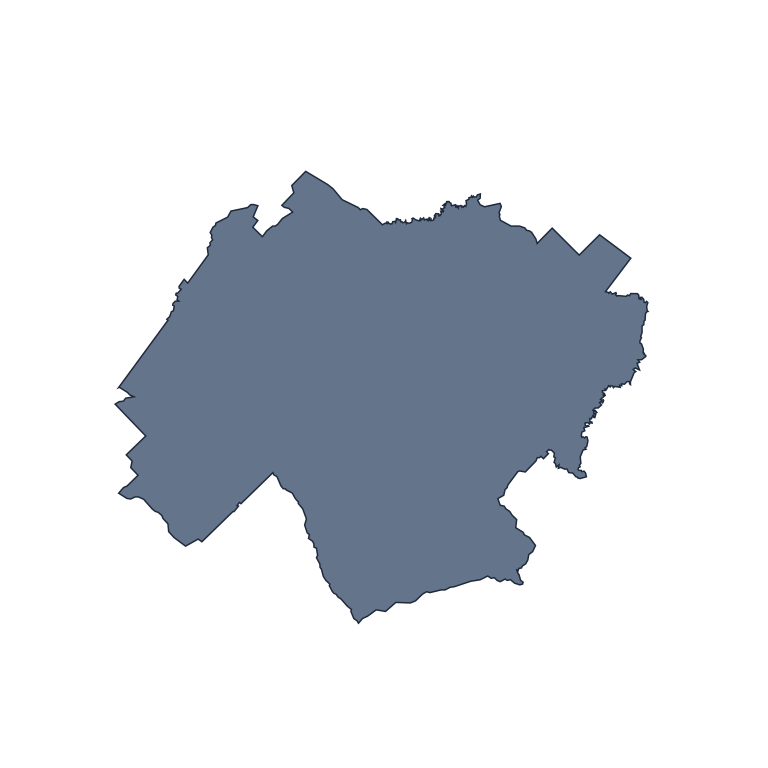 the district of Southern Grampians, Victoria, Australia, rotated 127°
{"feature_id": "25037944B54836880156068", "entity_name": "Southern Grampians", "entity_type": "district", "adm_level": 2, "iso_a3": "AUS", "parent_name": "Australia", "parent_adm1": "Victoria", "projection": "natural_earth1", "projection_center": [141.808, -37.53], "detail": "fine", "context": "isolated", "style": "filled", "palette": "slate", "viewbox_px": 768, "rotation_deg": 127, "n_neighbors": 0, "source": "geoboundaries", "source_scale": "gbopen_adm2", "svg_char_len": 6159}
<svg xmlns="http://www.w3.org/2000/svg" viewBox="0 0 768 768"><g transform="rotate(127 384 384)"><path d="M590.4,260.4L584.1,260.0L579.4,257.4L569.1,254.3L564.7,245.9L551.3,243.1L543.0,231.2L538.2,228.3L528.6,226.8L524.3,225.0L523.0,221.8L514.1,214.5L511.7,211.3L506.6,208.9L503.6,205.9L489.3,196.0L482.5,189.4L474.9,185.6L474.7,181.5L472.3,179.4L472.8,175.3L471.9,172.2L466.9,169.9L466.7,167.4L464.2,165.3L464.5,159.9L462.7,154.7L460.4,152.9L458.6,153.6L458.5,156.9L455.0,161.4L454.3,163.8L452.6,164.5L453.3,165.3L452.5,166.2L451.6,164.8L450.1,165.3L448.2,163.5L446.1,164.0L442.4,162.6L438.1,163.2L433.1,165.7L428.4,164.4L421.8,165.8L419.0,175.4L420.0,181.0L418.7,183.6L419.5,192.3L412.4,196.5L411.7,202.6L410.1,207.0L410.4,211.4L409.2,214.5L410.9,218.3L407.0,224.1L400.8,221.4L395.6,223.7L392.6,223.3L390.2,224.3L373.6,224.4L371.9,223.5L369.2,218.2L354.1,216.3L350.6,217.3L349.3,215.5L347.3,215.2L347.7,211.7L340.7,210.8L340.3,213.4L337.1,212.9L337.3,212.2L336.1,210.8L336.6,206.4L340.0,204.5L339.8,202.7L344.3,201.0L344.3,199.3L346.6,196.5L343.3,195.6L346.4,194.1L344.1,192.5L343.4,188.7L341.8,186.8L343.6,183.1L341.5,179.7L342.6,175.0L342.0,173.7L342.4,172.6L341.6,170.6L336.3,166.5L333.8,169.4L333.2,171.8L335.0,173.4L334.3,174.5L335.7,176.3L335.4,177.7L333.6,178.3L332.1,177.5L331.2,179.1L328.9,179.0L324.1,183.4L316.9,185.3L314.5,183.4L314.1,185.1L312.0,184.4L306.7,186.9L304.2,189.8L304.6,191.0L306.4,191.4L306.4,193.1L307.5,194.1L306.6,195.1L303.5,197.1L300.5,195.5L298.6,198.1L294.5,195.1L294.3,196.0L295.6,196.8L295.8,198.5L294.3,199.9L292.2,198.2L292.3,195.8L290.9,196.2L290.0,194.3L289.3,194.9L290.0,196.9L287.8,198.9L287.0,197.4L283.6,198.2L283.4,197.3L284.4,196.4L284.0,195.4L280.0,197.0L281.7,198.3L280.4,199.6L279.7,199.7L278.5,197.4L278.0,199.5L279.1,200.0L279.3,201.4L276.2,201.0L274.2,198.5L269.8,197.7L269.1,200.7L267.4,200.1L267.5,198.0L265.2,198.5L264.7,199.4L266.0,200.5L266.0,201.9L260.0,200.5L259.3,201.7L260.7,201.5L260.9,202.3L259.2,202.9L259.2,204.6L258.0,205.5L255.7,203.1L255.0,204.4L254.1,203.1L250.1,203.6L250.3,201.6L248.8,201.8L248.0,200.1L248.9,198.6L247.1,198.3L244.5,193.4L243.3,195.0L242.3,193.1L241.0,194.4L239.4,191.8L235.7,191.3L234.4,189.5L236.1,187.9L236.1,186.8L234.1,188.5L224.2,191.1L222.6,190.4L222.4,193.7L220.0,193.0L219.0,188.4L215.2,194.3L212.7,192.9L211.9,195.8L209.6,192.9L204.5,191.5L203.6,192.2L203.9,194.1L202.8,194.6L203.2,195.7L200.0,197.9L197.0,202.5L197.3,204.1L195.7,205.5L192.0,206.3L191.6,207.6L187.7,208.8L182.4,212.8L180.3,212.2L177.4,214.2L175.9,213.9L170.4,217.5L168.4,217.7L167.2,216.8L167.0,218.0L163.9,221.0L160.3,222.2L160.0,224.0L161.8,224.2L162.1,225.6L160.1,227.5L159.5,230.1L160.6,231.4L161.7,229.7L162.5,231.7L159.6,234.2L159.4,236.1L163.3,241.4L165.8,241.1L166.3,243.0L168.3,243.4L172.6,250.4L173.6,250.9L173.4,252.7L171.9,252.9L171.5,253.8L174.8,255.8L174.2,258.8L176.3,259.3L175.9,260.0L177.0,262.7L135.0,262.6L135.1,301.6L163.6,305.7L158.3,343.5L179.6,346.3L176.8,349.9L174.0,357.5L174.3,360.4L175.4,362.4L174.6,365.5L176.3,370.7L181.4,377.6L183.2,389.5L180.6,392.9L178.9,393.4L178.1,395.1L171.6,397.1L169.9,400.0L182.0,410.4L183.0,415.1L180.8,419.9L177.8,419.0L174.2,421.4L176.8,423.2L179.0,422.8L180.5,424.8L180.2,425.8L181.5,425.6L181.1,427.3L182.6,426.9L184.1,428.3L185.1,427.4L188.0,428.6L187.7,429.3L190.4,426.6L193.0,425.6L193.1,427.0L194.9,427.0L194.7,427.9L195.9,428.2L195.0,429.5L195.5,430.4L196.8,430.8L197.1,432.0L198.8,430.7L198.1,433.3L200.0,432.7L197.9,434.8L201.0,437.4L199.3,439.4L199.7,441.0L199.1,441.8L200.6,443.7L201.4,443.0L203.4,443.8L203.4,442.7L204.4,442.5L204.7,444.1L205.9,444.4L205.4,443.0L206.4,442.1L206.2,441.1L207.1,442.2L209.0,442.3L209.6,444.1L210.3,443.4L210.0,440.6L210.8,440.3L212.0,442.6L213.1,441.0L214.4,440.5L215.7,441.4L215.9,440.7L216.7,441.4L215.2,442.8L216.8,445.2L219.2,445.0L218.9,444.0L219.8,444.3L220.5,443.2L221.5,444.0L223.2,443.1L224.6,444.0L225.1,444.8L224.3,445.4L225.6,445.5L225.9,446.7L223.7,447.1L223.9,448.0L225.1,447.5L226.0,448.3L227.1,447.4L226.9,449.4L228.7,450.4L227.5,452.3L229.8,452.8L229.7,454.7L231.5,454.1L231.6,453.3L232.4,453.9L233.8,457.4L233.9,460.6L235.3,461.2L235.7,460.1L238.1,459.2L240.6,460.7L241.2,462.3L242.5,462.5L240.4,465.1L242.5,464.8L243.9,466.3L243.6,467.3L244.3,468.1L243.0,469.7L244.4,471.4L243.7,472.5L244.4,473.6L248.0,472.0L247.5,473.1L249.1,474.7L251.4,474.0L252.2,475.0L252.9,477.1L252.2,477.9L252.9,479.2L254.1,478.1L254.8,479.8L257.8,481.1L254.9,502.7L256.7,506.6L259.1,507.8L258.6,510.9L262.0,528.3L258.8,542.0L258.6,548.8L261.3,574.5L281.0,577.1L285.6,571.1L302.8,573.1L302.9,569.9L301.0,565.6L301.7,560.4L313.1,564.8L320.6,565.0L323.3,565.9L324.9,568.0L332.1,569.8L339.5,569.8L337.8,583.1L329.3,583.2L329.3,589.0L317.5,592.0L319.3,596.4L321.0,598.4L325.2,599.1L338.0,610.3L344.9,609.3L356.5,615.1L359.1,614.0L361.5,615.0L367.6,614.0L368.7,611.1L370.8,610.0L372.0,607.7L376.0,608.0L377.8,606.1L381.5,607.1L386.6,602.1L421.5,601.5L420.7,606.6L429.5,606.4L430.7,605.2L430.3,603.0L435.5,603.4L436.5,604.6L438.2,604.0L438.2,601.3L441.2,600.0L441.3,597.8L443.5,600.5L446.5,601.0L448.2,600.2L448.1,598.3L452.4,596.3L454.3,597.3L459.2,595.7L463.0,596.4L463.1,594.9L546.6,593.8L545.9,593.4L545.1,583.8L545.7,580.4L544.7,576.0L550.8,581.8L554.5,581.8L557.5,584.9L561.9,586.6L568.9,543.0L595.7,547.2L597.1,538.8L603.2,535.9L604.9,525.5L620.1,527.8L623.5,529.7L630.9,530.2L630.1,520.4L628.3,517.1L623.8,514.7L622.0,512.2L620.7,506.6L623.3,493.9L623.4,490.1L622.4,487.1L622.7,482.4L624.4,479.6L625.7,472.4L631.5,467.1L633.0,459.1L632.9,444.9L619.7,439.1L619.6,434.5L576.8,427.9L576.2,427.0L569.1,426.7L569.6,428.2L565.7,428.2L565.7,426.2L521.7,419.4L522.8,417.4L522.4,413.7L527.3,405.2L528.3,401.6L527.0,399.4L527.5,398.3L526.3,391.7L529.0,385.5L529.8,381.2L531.0,380.6L532.6,373.8L538.4,364.8L544.4,362.5L549.1,355.7L549.2,353.0L552.7,351.4L552.6,346.5L553.7,344.0L556.5,341.6L555.7,339.2L560.9,333.8L563.3,333.5L566.3,327.0L569.0,324.6L569.5,322.6L574.2,316.6L575.8,312.3L576.4,306.8L578.0,306.3L580.8,300.4L581.3,297.8L580.7,295.7L581.8,292.5L581.6,288.7L583.5,279.6L583.7,274.3L585.6,273.5L589.5,266.9L589.3,263.2L590.4,260.4Z" fill="#64748b" stroke="#1e293b" stroke-width="1.5"/></g></svg>